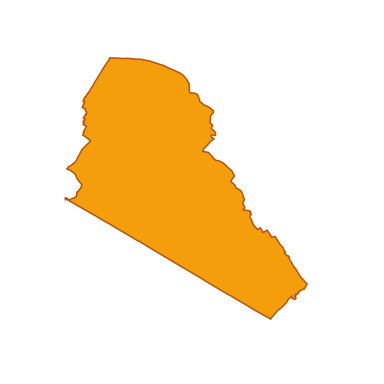 Hua Sai, Nakhon Si Thammarat, Thailand, rotated 129°
{"feature_id": "78962969B3746185944744", "entity_name": "Hua Sai", "entity_type": "district", "adm_level": 2, "iso_a3": "THA", "parent_name": "Thailand", "parent_adm1": "Nakhon Si Thammarat", "projection": "robinson", "projection_center": [100.249, 8.028], "detail": "fine", "context": "isolated", "style": "filled", "palette": "amber", "viewbox_px": 384, "rotation_deg": 129, "n_neighbors": 0, "source": "geoboundaries", "source_scale": "gbopen_adm2", "svg_char_len": 5804}
<svg xmlns="http://www.w3.org/2000/svg" viewBox="0 0 384 384"><g transform="rotate(129 192 192)"><path d="M139.6,340.4L140.0,340.4L140.8,339.9L142.5,339.5L144.9,339.5L148.7,339.2L152.4,338.7L160.9,337.5L165.3,337.0L169.3,336.4L171.0,336.1L175.3,335.6L179.1,334.9L179.1,335.2L182.2,334.8L182.2,335.1L185.5,334.5L185.5,334.9L186.6,334.8L189.8,334.0L189.4,332.2L193.9,331.1L194.1,331.0L194.2,330.8L195.4,330.5L194.5,327.2L195.4,326.8L196.2,325.1L196.5,323.9L197.8,323.4L198.0,323.2L198.7,323.0L198.8,323.1L198.8,323.6L202.9,323.0L202.9,322.9L202.7,321.0L204.2,320.7L204.3,321.0L206.3,320.6L206.2,319.3L208.0,319.0L207.5,315.3L211.0,314.7L211.4,314.6L211.5,314.7L213.8,314.1L213.7,313.5L215.4,313.1L215.8,312.9L216.5,312.7L216.4,311.9L215.9,306.3L216.0,306.3L216.2,306.2L216.1,302.9L220.3,303.4L221.9,303.6L225.1,303.9L226.2,304.1L228.2,304.2L237.6,302.4L239.0,302.0L240.8,301.6L242.1,301.8L243.8,301.8L244.3,302.0L245.2,302.5L245.6,302.6L246.3,302.5L247.3,302.6L248.0,302.9L248.5,303.2L250.3,304.0L250.5,304.0L250.9,303.7L251.3,303.6L251.9,303.6L252.4,303.8L252.6,303.8L253.0,303.5L252.5,302.8L252.0,301.1L251.7,299.2L251.5,295.6L251.5,294.7L251.6,294.2L252.3,292.7L253.7,290.3L254.1,289.4L255.8,282.1L255.9,281.8L256.5,281.6L258.4,281.3L258.8,281.2L259.4,280.7L259.7,280.7L260.2,280.8L260.7,281.2L261.1,281.2L261.4,281.1L261.9,280.9L263.2,280.5L263.5,280.7L264.0,281.3L264.3,281.4L265.3,281.0L265.9,280.4L266.9,279.6L267.7,279.5L268.3,279.1L268.6,279.1L269.4,279.6L270.5,279.7L271.3,280.4L272.7,281.0L273.6,281.7L274.7,282.0L275.2,282.3L275.4,282.5L275.6,283.0L275.6,283.4L275.4,284.1L275.4,284.4L275.5,284.8L275.8,285.7L275.8,286.7L276.1,286.8L276.7,286.6L276.9,286.5L277.2,286.1L276.9,286.2L276.6,284.8L276.5,284.3L271.2,251.6L269.8,241.6L269.4,239.9L269.3,238.4L268.9,237.1L268.7,235.9L268.4,233.6L268.3,232.4L268.0,230.7L267.7,228.0L267.3,226.2L267.1,223.8L265.6,214.7L264.0,203.3L263.7,203.2L263.5,201.9L261.7,188.3L260.5,179.6L256.6,152.7L253.6,132.9L253.0,128.1L252.3,122.5L249.8,105.1L249.6,103.7L249.3,102.4L249.1,100.2L248.5,97.7L247.7,92.3L247.5,90.9L246.7,85.6L246.4,83.3L246.0,81.0L245.8,79.6L245.5,77.5L245.4,76.7L244.0,66.9L243.3,63.1L242.5,57.7L242.1,56.2L242.0,55.1L241.7,54.5L241.7,53.7L241.4,52.1L241.4,51.4L241.3,50.9L239.5,51.1L237.7,51.0L229.9,50.8L228.4,50.4L226.7,49.9L225.2,49.7L222.6,49.2L219.4,49.2L217.6,49.0L217.1,49.1L216.0,49.5L215.1,49.5L213.9,49.4L212.0,49.1L210.3,49.1L210.6,48.5L211.1,47.8L211.3,47.4L211.3,47.1L211.1,45.7L211.0,45.1L210.8,44.8L210.5,44.6L210.1,44.4L209.0,44.4L208.8,44.9L208.5,45.2L208.6,45.9L208.2,46.4L207.7,46.2L207.6,46.4L207.2,46.4L206.8,47.1L206.6,47.2L206.5,46.9L206.2,46.5L206.0,46.8L205.7,46.9L205.4,46.3L205.2,46.1L204.6,46.3L204.4,46.2L204.5,45.7L204.4,45.6L204.2,45.6L203.8,45.5L203.6,45.8L203.3,46.0L203.2,46.2L202.8,46.4L202.3,46.5L202.1,46.1L201.7,46.2L201.2,46.0L200.9,45.7L200.6,45.8L200.3,45.5L199.9,45.5L197.8,44.6L196.8,43.7L196.3,43.6L196.1,43.6L195.7,43.9L195.3,44.1L193.1,44.2L191.3,44.6L190.9,45.0L190.8,46.9L190.6,48.3L190.2,49.9L190.1,51.8L189.7,53.8L189.2,55.3L189.2,55.7L189.1,56.1L188.7,57.1L188.5,57.8L188.1,58.7L187.8,59.5L187.7,60.0L187.0,61.5L186.9,61.7L185.8,65.9L185.6,67.1L185.1,68.0L183.9,71.0L183.7,71.7L183.2,73.7L183.0,73.9L182.4,74.8L181.7,74.8L181.2,76.0L181.0,76.9L181.1,77.2L181.3,77.2L181.5,77.3L181.6,77.8L181.5,81.6L181.3,81.6L180.0,81.6L179.9,81.7L179.7,82.2L179.5,83.3L179.1,83.8L178.7,85.0L177.9,86.1L177.8,86.6L177.8,87.3L177.7,87.8L177.4,89.4L177.3,90.2L177.0,91.5L176.8,92.3L176.5,92.7L175.8,94.9L175.7,95.5L175.1,97.6L174.2,99.1L174.2,99.3L174.5,99.6L175.7,100.5L176.4,101.0L177.0,101.7L177.1,102.0L177.0,102.7L176.9,102.9L176.1,103.4L176.0,104.2L175.4,106.0L174.4,109.7L178.7,111.1L178.3,112.4L176.8,116.3L179.9,117.3L179.7,118.7L179.4,121.5L179.0,122.9L177.8,126.0L177.2,126.8L176.8,127.0L176.6,127.3L175.4,130.0L175.2,131.1L174.4,131.9L172.1,131.8L171.9,132.0L171.8,132.3L171.7,133.0L171.4,133.9L171.3,134.0L170.4,134.1L170.3,134.3L170.4,135.2L170.5,135.7L173.7,141.0L171.4,140.9L170.9,141.2L170.4,141.9L169.7,143.2L168.9,145.3L168.6,145.6L166.4,146.2L164.9,146.3L164.5,146.7L164.2,147.3L163.9,148.3L163.6,149.0L163.1,149.6L162.3,150.6L160.8,153.2L160.5,154.2L160.4,155.0L160.5,156.9L160.9,159.3L160.9,160.1L160.6,161.3L159.7,162.8L159.5,163.5L159.4,165.1L159.5,168.1L159.4,168.5L159.1,168.7L158.6,168.8L157.2,168.8L155.4,169.0L154.9,169.0L154.5,168.8L154.0,168.9L153.6,169.0L152.9,169.0L152.1,170.5L150.5,174.5L150.4,175.7L150.3,179.1L150.2,181.3L149.9,184.3L149.9,186.1L150.1,187.5L150.7,190.2L150.9,190.7L151.4,191.8L152.3,193.5L152.5,194.3L152.5,194.6L150.9,203.7L150.9,204.0L151.2,204.7L153.2,208.2L153.7,209.2L151.7,210.0L150.2,210.0L145.4,209.5L141.5,209.4L140.1,209.2L136.9,208.3L137.0,209.9L137.2,210.9L137.0,211.7L136.9,212.0L136.0,212.7L135.6,212.8L135.4,212.8L135.2,212.7L134.8,212.3L134.4,210.7L134.0,210.0L133.8,209.8L133.4,209.5L133.1,209.5L132.7,209.7L132.2,209.9L131.2,211.3L130.5,213.1L130.5,213.7L130.6,215.7L130.4,216.9L130.3,217.2L130.1,217.4L127.8,217.8L127.2,218.0L127.0,218.3L126.9,219.0L127.0,221.1L126.9,221.4L126.7,221.9L124.0,223.2L121.4,225.4L120.7,225.5L118.6,225.3L117.1,225.4L116.5,225.6L115.5,226.2L115.3,226.4L115.5,228.5L115.2,230.8L115.8,234.3L116.5,236.4L116.9,238.5L116.7,239.3L116.7,240.5L116.7,242.7L116.6,243.0L116.3,243.5L115.6,244.0L115.3,244.4L114.3,246.5L113.1,248.2L112.9,248.7L113.0,249.6L113.3,251.5L113.6,252.2L113.8,252.6L115.9,255.2L116.1,255.5L116.1,256.0L115.8,256.6L114.8,257.9L111.9,260.5L110.2,261.9L109.8,262.3L109.3,263.0L108.7,264.8L108.0,266.9L106.9,271.7L106.8,273.4L107.1,276.2L107.6,278.1L108.6,282.1L110.7,289.6L111.3,292.7L112.1,294.9L115.5,303.8L116.8,307.1L119.4,312.2L121.2,315.5L124.1,319.4L126.1,322.4L129.5,327.3L131.1,328.9L132.6,330.9L136.0,335.7L139.6,340.4Z" fill="#f59e0b" stroke="#b45309" stroke-width="1.5"/></g></svg>